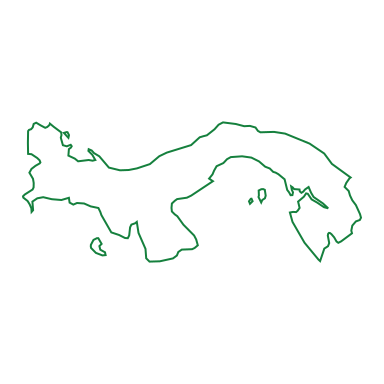 map outline of Panama (Mercator projection)
{"feature_id": "PAN", "entity_name": "Panama", "entity_type": "country or territory", "adm_level": 0, "iso_a3": "PAN", "parent_name": "North America", "parent_adm1": "", "projection": "mercator", "projection_center": [-80.239, 8.409], "detail": "fine", "context": "isolated", "style": "outline", "palette": "green", "viewbox_px": 384, "rotation_deg": 0, "n_neighbors": 0, "source": "natural_earth", "source_scale": "50m", "svg_char_len": 3001}
<svg xmlns="http://www.w3.org/2000/svg" viewBox="0 0 384 384"><path d="M350.6,177.5L349.5,178.3L346.3,182.9L344.6,186.9L348.7,191.0L350.0,195.5L352.3,200.3L355.9,205.1L360.0,214.1L361.0,217.7L359.8,220.0L355.9,221.4L352.3,225.6L351.3,230.7L352.0,233.3L341.1,241.4L338.3,242.8L336.5,241.5L334.2,237.4L331.4,234.1L329.9,233.0L329.0,232.9L328.2,233.7L327.8,235.5L329.2,243.1L328.0,246.2L324.3,248.6L320.1,261.1L318.4,259.5L304.5,242.7L292.5,221.9L289.9,212.5L293.1,211.9L296.1,212.1L297.7,210.7L299.6,207.9L298.1,201.6L303.9,196.7L306.1,193.4L307.8,193.8L311.6,199.4L317.2,202.6L324.0,207.2L328.2,208.3L322.9,203.4L313.6,197.0L311.1,192.8L308.6,187.0L305.0,189.5L303.3,191.6L301.4,192.8L299.8,191.4L299.5,189.5L294.1,189.1L292.7,187.4L291.2,186.4L291.9,190.1L293.0,192.3L292.4,195.1L290.6,195.2L289.1,192.4L287.2,189.9L284.6,179.3L278.4,174.2L275.6,172.6L273.2,171.9L269.8,168.5L265.2,166.7L259.0,161.4L251.4,157.6L242.1,156.3L230.8,157.1L227.0,159.2L224.5,161.9L223.3,163.1L216.6,166.2L214.1,170.6L212.5,174.4L209.1,178.6L212.9,181.2L191.2,195.6L186.9,197.7L177.1,199.1L174.9,200.7L171.9,203.5L171.5,207.9L171.9,211.5L174.8,214.4L177.3,216.2L183.4,224.7L194.1,235.5L196.2,239.5L197.8,245.3L194.6,248.0L192.1,249.2L181.8,249.6L178.3,252.0L176.9,255.5L173.0,258.4L159.8,261.3L149.5,261.6L146.2,258.3L145.5,248.9L138.5,232.9L136.8,221.9L135.1,223.3L131.4,224.6L130.1,227.3L129.2,235.4L127.8,238.2L125.0,238.0L119.1,235.0L111.3,232.4L101.4,215.1L100.3,211.9L98.4,208.0L90.7,206.4L84.1,203.5L77.0,203.0L73.3,204.6L69.6,202.6L68.9,197.8L61.4,200.0L51.8,199.2L43.2,197.2L37.3,198.3L32.4,201.6L33.1,210.2L31.6,211.9L31.4,208.4L29.7,204.4L27.6,201.0L23.3,197.6L23.0,196.3L24.8,194.5L32.6,189.5L33.6,187.4L33.7,183.0L33.0,178.8L29.4,172.7L31.5,168.9L35.5,165.8L39.7,163.4L40.4,162.4L39.6,160.3L37.2,158.0L31.5,154.2L28.1,153.9L27.9,142.9L28.1,131.1L29.0,129.9L31.1,129.2L32.7,127.4L33.7,123.9L36.2,122.7L40.7,125.4L45.2,127.8L47.2,127.0L48.6,125.8L49.6,124.7L49.9,123.6L53.6,126.7L61.1,132.3L61.5,135.0L60.8,137.7L62.9,145.2L66.8,146.3L70.7,144.8L71.7,146.2L70.9,147.6L68.9,149.1L68.4,155.6L74.8,158.6L78.1,161.3L88.7,160.0L92.6,160.7L95.3,160.0L92.3,154.8L88.4,150.9L88.7,149.2L91.7,150.5L94.0,153.1L99.3,156.3L108.9,167.6L120.0,170.3L128.7,170.0L136.9,168.4L149.9,164.1L159.3,156.2L166.8,152.6L191.1,145.1L199.7,137.3L203.4,136.2L206.9,135.3L214.5,129.3L218.6,124.7L223.0,122.4L235.8,124.0L244.2,126.2L249.9,125.9L255.5,127.5L257.9,130.9L260.4,132.3L274.0,131.9L285.1,133.6L309.6,143.6L324.2,153.5L331.9,163.9L350.6,177.5ZM105.6,255.1L102.4,255.4L95.9,252.9L91.1,248.0L90.8,246.5L90.9,244.8L93.5,239.9L96.9,238.2L98.3,238.2L101.6,243.9L99.4,246.1L100.3,249.7L105.0,252.3L105.6,255.1ZM262.3,200.0L261.2,202.5L258.5,197.0L258.9,195.5L258.7,190.5L261.3,189.2L263.2,189.1L264.8,189.8L265.7,195.7L264.9,198.3L262.3,200.0ZM69.0,135.1L68.4,137.8L63.9,132.9L66.6,132.1L67.5,132.2L69.0,135.1ZM252.6,201.2L250.0,203.8L249.0,201.3L250.8,198.8L251.5,198.7L252.6,201.2Z" fill="none" stroke="#15803d" stroke-width="2"/></svg>